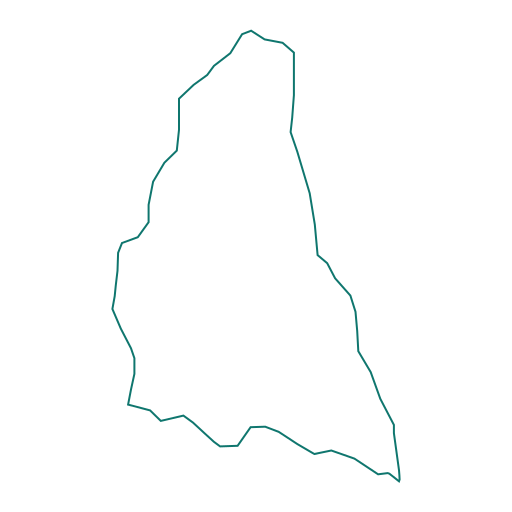 Ordubad District, Ordubad, Azerbaijan (Equal Earth projection)
{"feature_id": "54616110B24607032839399", "entity_name": "Ordubad District", "entity_type": "district", "adm_level": 2, "iso_a3": "AZE", "parent_name": "Azerbaijan", "parent_adm1": "Ordubad", "projection": "equal_earth", "projection_center": [45.94, 39.075], "detail": "fine", "context": "isolated", "style": "outline", "palette": "teal", "viewbox_px": 512, "rotation_deg": 0, "n_neighbors": 0, "source": "geoboundaries", "source_scale": "gbopen_adm2", "svg_char_len": 1001}
<svg xmlns="http://www.w3.org/2000/svg" viewBox="0 0 512 512"><path d="M128.3,403.5L128.1,404.6L150.1,410.4L160.8,420.9L183.4,415.6L193.0,422.6L204.9,433.6L213.9,441.8L220.1,446.4L237.6,445.8L250.6,427.2L265.2,426.7L278.8,431.9L297.4,444.1L314.3,454.0L331.3,450.5L354.4,458.6L378.1,474.3L387.7,473.1L389.4,473.7L399.0,481.3L399.6,479.5L399.4,475.3L399.0,470.2L393.9,433.1L393.9,424.9L380.3,398.8L370.7,372.1L358.3,351.2L357.2,331.0L355.5,311.8L350.4,295.6L335.1,278.3L327.2,263.2L317.6,255.1L314.8,224.5L309.7,193.3L297.3,151.7L290.6,132.1L292.2,117.7L293.9,95.2L293.9,83.7L293.9,69.9L293.9,52.6L282.6,42.8L264.6,39.4L251.1,30.7L250.7,30.9L242.1,34.2L230.3,53.2L214.0,65.8L207.2,75.0L193.7,84.8L179.0,98.7L179.0,109.6L179.0,129.8L176.8,150.6L164.4,162.7L153.1,181.7L148.6,204.8L148.6,222.2L137.8,237.2L122.0,243.0L118.1,252.8L117.5,270.8L115.8,285.2L114.7,296.2L112.4,309.0L120.8,328.6L131.0,348.3L134.4,358.2L134.4,373.9L131.0,389.5L128.3,403.5Z" fill="none" stroke="#0f766e" stroke-width="2"/></svg>